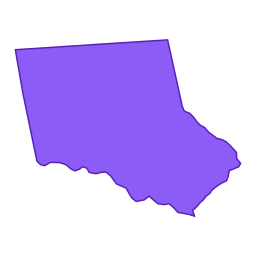 outline of Coxixola, Paraíba, Brazil
{"feature_id": "56859067B62498871364727", "entity_name": "Coxixola", "entity_type": "district", "adm_level": 2, "iso_a3": "BRA", "parent_name": "Brazil", "parent_adm1": "Paraíba", "projection": "mercator", "projection_center": [-36.609, -7.651], "detail": "fine", "context": "isolated", "style": "filled", "palette": "violet", "viewbox_px": 256, "rotation_deg": 0, "n_neighbors": 0, "source": "geoboundaries", "source_scale": "gbopen_adm2", "svg_char_len": 951}
<svg xmlns="http://www.w3.org/2000/svg" viewBox="0 0 256 256"><path d="M182.3,106.4L167.6,39.9L116.8,43.1L15.4,49.7L16.2,54.8L22.9,93.3L37.0,161.3L40.5,164.6L44.6,165.7L50.4,162.4L59.7,162.6L65.8,164.6L71.2,169.1L74.8,170.8L79.1,169.4L82.8,166.7L86.8,168.2L89.3,172.5L95.9,173.7L101.6,172.3L106.0,172.1L110.6,175.8L113.7,180.1L116.3,183.8L121.7,186.2L126.2,188.2L129.2,193.7L132.1,198.3L136.2,201.4L144.0,200.0L149.2,196.2L153.1,199.7L158.2,203.8L164.4,204.6L169.1,203.7L173.8,207.8L177.9,212.4L183.6,213.4L189.0,214.4L194.5,216.1L192.6,210.4L196.5,207.0L200.1,202.6L203.1,200.1L206.2,196.1L209.8,193.4L211.8,190.3L215.7,187.0L221.2,183.3L226.5,180.8L228.2,176.4L229.2,170.7L234.3,168.6L238.8,166.7L240.6,163.4L236.6,158.4L236.5,152.5L230.8,146.2L225.9,141.6L222.0,139.6L216.8,138.3L213.0,135.4L208.7,132.3L204.9,127.8L199.7,124.7L196.5,121.4L194.1,117.9L190.0,113.5L184.2,111.0L182.3,106.4Z" fill="#8b5cf6" stroke="#5b21b6" stroke-width="1.5"/></svg>